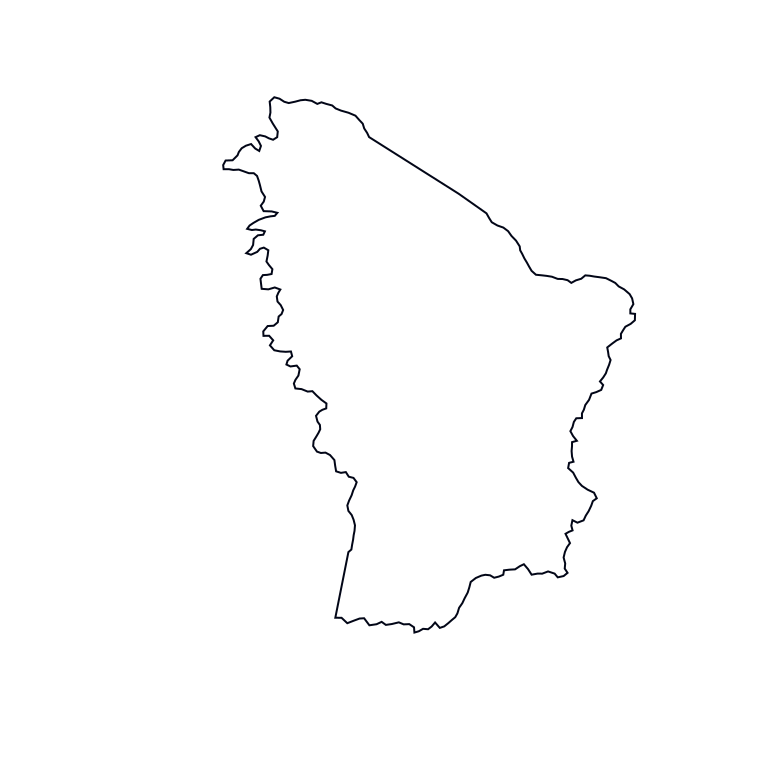 Painel, Santa Catarina, Brazil (orthographic projection), rotated 126°
{"feature_id": "56859067B85496542343557", "entity_name": "Painel", "entity_type": "district", "adm_level": 2, "iso_a3": "BRA", "parent_name": "Brazil", "parent_adm1": "Santa Catarina", "projection": "orthographic", "projection_center": [-50.065, -27.98], "detail": "fine", "context": "isolated", "style": "outline", "palette": "ink", "viewbox_px": 768, "rotation_deg": 126, "n_neighbors": 0, "source": "geoboundaries", "source_scale": "gbopen_adm2", "svg_char_len": 4114}
<svg xmlns="http://www.w3.org/2000/svg" viewBox="0 0 768 768"><g transform="rotate(126 384 384)"><path d="M351.4,144.7L348.5,150.2L349.8,157.1L350.1,164.0L349.1,169.0L347.1,173.6L344.5,178.9L343.8,185.6L339.0,187.9L335.5,185.0L332.2,189.2L328.0,192.8L323.7,195.4L320.5,197.7L316.6,194.6L315.0,200.4L312.6,205.5L308.0,206.2L303.1,208.1L298.7,208.3L295.2,203.8L291.4,206.6L287.3,207.2L282.7,208.8L276.3,208.8L269.8,210.5L265.8,207.5L261.1,204.8L256.0,206.1L255.0,210.8L249.9,210.5L244.9,210.8L241.4,211.9L236.1,213.2L231.4,214.8L229.4,218.6L226.3,221.6L223.2,224.9L217.0,223.1L212.0,221.5L207.8,219.1L204.2,221.8L199.5,222.2L195.8,222.4L190.4,219.8L185.0,218.5L179.7,222.1L182.1,226.2L178.8,228.6L172.8,229.2L168.9,233.6L166.9,238.1L166.3,245.4L167.1,251.5L166.3,256.3L166.9,260.6L167.9,266.6L171.1,272.7L173.5,277.1L175.5,281.2L177.8,285.0L182.9,286.3L187.4,289.7L192.1,291.9L192.1,296.5L194.1,301.2L196.9,305.3L198.5,311.2L201.0,316.1L203.2,320.0L206.3,325.3L205.7,331.1L203.7,335.7L201.8,339.7L199.9,344.2L197.5,348.7L195.8,352.4L192.9,355.1L190.4,361.5L189.3,367.8L187.4,373.4L187.3,379.4L189.1,385.4L189.8,391.9L187.9,396.6L185.7,401.4L186.2,435.5L193.0,541.2L190.8,545.2L188.9,550.2L185.9,554.2L185.0,559.0L183.7,564.8L185.4,572.1L188.1,579.5L189.5,585.1L189.1,589.6L191.3,595.3L192.9,600.2L196.6,602.6L197.4,608.9L200.3,614.7L203.5,618.3L207.8,621.8L212.7,626.2L214.3,630.6L214.6,636.2L216.5,641.3L222.7,642.5L226.9,638.7L231.2,635.4L235.8,633.3L238.6,627.2L242.1,618.4L247.1,615.5L251.6,617.3L252.9,621.5L253.5,625.6L255.7,630.7L259.8,633.0L261.4,627.9L263.7,623.5L268.8,621.9L269.2,626.6L268.0,632.6L272.4,635.8L276.9,637.7L281.6,637.8L285.1,636.9L292.0,638.0L296.3,643.5L301.4,642.8L304.5,640.0L301.4,635.8L299.4,631.7L295.9,627.5L294.5,622.8L292.9,617.3L290.0,613.2L290.3,609.0L293.2,604.8L295.9,601.4L300.2,596.3L302.6,590.2L307.1,588.5L312.2,588.5L314.9,583.0L310.4,576.3L308.2,570.9L312.2,571.2L315.0,574.3L318.9,577.9L324.8,581.8L330.4,584.3L334.8,585.9L338.9,585.9L337.1,581.4L334.4,578.5L332.0,574.0L330.5,570.1L334.2,569.4L337.8,573.4L343.2,574.7L348.5,571.6L353.1,571.0L359.1,572.3L357.6,567.6L351.6,564.2L347.5,563.8L344.3,561.4L343.8,556.2L348.5,553.6L354.0,551.1L355.4,547.0L356.7,541.8L361.1,539.6L364.4,542.7L367.1,546.0L371.5,545.8L374.3,543.2L378.9,538.9L375.4,533.2L370.1,529.1L368.5,523.4L372.3,523.1L376.2,522.2L379.9,518.6L380.9,513.9L383.4,509.1L387.6,508.0L391.3,508.9L396.5,506.2L401.7,507.5L405.5,512.2L412.4,512.6L415.9,509.8L412.5,505.3L413.8,499.3L419.8,499.0L421.2,492.6L418.7,487.2L415.7,482.4L412.4,478.4L415.5,474.6L421.8,475.7L425.6,474.4L424.8,470.0L420.4,465.4L421.6,460.9L427.5,458.2L432.6,458.1L436.6,457.2L439.7,453.1L436.6,447.7L435.0,441.3L431.9,437.7L432.9,431.9L433.6,425.4L433.6,419.1L437.7,416.4L441.1,418.7L444.4,420.1L449.7,420.3L453.5,415.7L454.8,411.8L458.1,409.0L461.9,408.3L466.0,407.9L471.4,407.5L475.9,404.8L478.1,398.5L476.9,394.5L473.9,391.0L473.2,385.9L474.7,379.4L478.8,375.5L482.8,371.4L481.2,366.6L477.7,363.1L479.7,358.0L477.9,353.5L479.5,348.4L484.0,347.1L488.1,346.4L493.0,344.8L498.9,343.7L503.8,342.3L507.6,338.2L509.0,333.1L511.7,328.8L515.4,324.4L520.2,321.5L524.1,319.7L528.1,317.5L532.8,315.3L537.1,313.1L540.9,314.0L601.7,286.0L598.1,280.9L599.1,273.1L593.2,269.3L588.1,265.9L585.2,262.4L587.8,254.0L582.7,248.8L577.8,246.1L577.8,240.9L573.6,236.6L568.1,231.9L566.9,226.8L563.4,222.4L563.2,216.7L567.2,213.3L563.6,210.5L559.1,208.5L556.5,204.2L552.2,202.9L546.9,202.5L548.5,195.5L544.7,192.8L539.6,191.4L535.1,190.4L530.8,189.3L526.4,189.8L520.9,191.7L515.3,191.8L510.1,192.8L503.5,193.7L498.2,195.5L493.2,197.5L487.0,195.7L481.8,192.6L478.8,189.9L476.4,185.7L476.0,181.0L472.3,177.9L468.2,175.4L464.2,177.4L460.5,173.4L456.9,169.0L451.5,167.0L447.6,164.9L449.1,158.7L451.5,152.5L447.2,148.4L444.4,144.5L439.2,141.1L437.1,134.5L438.3,129.8L433.8,125.8L428.9,124.5L427.1,129.3L422.7,131.9L418.8,136.7L413.5,138.9L408.4,140.0L403.4,140.0L398.5,149.1L394.9,147.5L391.6,145.4L388.5,149.2L383.4,151.5L382.5,146.0L377.0,142.4L371.8,143.4L366.6,143.7L360.7,144.8L356.0,146.2L351.4,144.7Z" fill="none" stroke="#020617" stroke-width="2"/></g></svg>